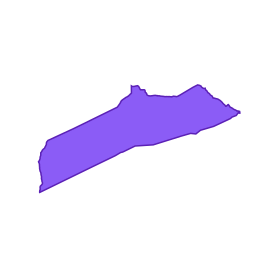 outline of Santa Barbara, Heredia, Costa Rica, rotated 244°
{"feature_id": "36466004B69757092766150", "entity_name": "Santa Barbara", "entity_type": "district", "adm_level": 2, "iso_a3": "CRI", "parent_name": "Costa Rica", "parent_adm1": "Heredia", "projection": "mercator", "projection_center": [-84.144, 10.082], "detail": "fine", "context": "isolated", "style": "filled", "palette": "violet", "viewbox_px": 256, "rotation_deg": 244, "n_neighbors": 0, "source": "geoboundaries", "source_scale": "gbopen_adm2", "svg_char_len": 5105}
<svg xmlns="http://www.w3.org/2000/svg" viewBox="0 0 256 256"><g transform="rotate(244 128 128)"><path d="M108.8,20.4L108.8,42.4L108.8,78.0L108.7,104.5L109.2,110.7L108.7,112.7L108.7,122.5L108.7,126.5L101.8,143.3L97.4,172.3L95.7,181.9L92.9,186.4L94.2,192.1L91.9,205.7L91.6,224.3L92.2,226.2L91.8,230.8L93.5,234.0L92.7,234.3L92.0,235.6L92.4,235.2L92.7,235.0L93.2,235.0L93.3,235.1L93.5,235.1L93.5,235.4L93.7,235.5L93.8,235.6L94.0,235.6L94.2,235.3L94.7,234.9L95.1,234.1L95.3,234.0L95.3,233.8L95.5,233.5L95.7,233.2L95.9,233.2L96.2,233.1L96.3,233.0L96.6,232.8L97.1,232.5L97.5,232.1L97.7,231.8L98.1,231.6L98.4,231.3L98.7,231.0L99.0,230.9L99.5,230.8L99.7,230.7L101.1,229.7L101.3,229.5L101.8,229.2L102.2,228.9L102.3,228.9L102.5,228.8L103.5,228.8L103.6,228.7L103.9,228.7L104.1,228.6L104.5,228.6L105.1,228.4L105.1,227.8L105.0,227.6L104.8,227.1L104.8,226.7L104.6,226.4L104.6,225.5L104.8,225.3L105.2,225.2L105.7,225.2L106.0,225.1L106.5,225.0L107.0,224.7L107.7,224.4L108.3,224.2L108.6,224.1L108.8,224.0L109.4,224.0L109.9,223.8L110.1,223.8L110.5,223.6L111.1,223.4L112.3,222.9L113.6,222.1L114.3,221.7L114.6,221.4L114.8,221.2L115.0,221.0L115.3,220.7L115.7,220.1L115.8,220.0L115.9,219.8L116.2,219.5L116.3,219.5L116.8,218.8L117.0,218.7L117.1,218.4L117.3,218.3L117.3,218.1L117.5,217.9L117.7,217.6L119.6,217.6L119.9,217.5L120.1,217.5L120.5,217.2L120.8,217.0L121.5,216.5L121.8,216.5L122.6,216.3L123.1,216.3L123.6,216.0L124.3,215.7L124.7,215.3L125.0,215.3L125.4,215.3L125.6,215.2L126.5,215.2L127.1,215.1L127.5,214.9L127.8,214.6L129.3,214.6L129.9,214.8L130.2,213.7L130.4,213.5L130.5,213.2L130.8,213.0L131.1,212.8L131.4,212.7L131.6,212.5L131.8,212.4L132.2,212.2L132.7,212.1L133.0,212.0L133.7,212.0L133.9,211.7L134.0,211.6L134.5,211.4L134.9,211.1L135.0,210.9L135.6,210.2L136.2,209.5L136.1,204.3L134.8,188.9L134.8,187.7L134.7,187.5L134.7,186.5L134.8,186.3L134.8,185.9L134.9,185.5L134.9,185.4L135.3,184.8L135.6,184.5L135.7,184.3L135.8,184.2L136.0,183.8L136.2,183.5L136.3,183.4L136.6,183.0L136.6,182.8L136.7,182.5L136.7,181.9L136.8,181.8L136.9,181.0L137.0,180.8L137.0,180.6L137.3,180.2L137.5,179.9L137.6,179.7L137.9,179.3L137.9,179.2L138.2,178.8L138.2,178.6L138.3,178.5L138.3,178.4L139.0,177.1L139.1,176.9L139.3,176.6L139.4,176.2L139.5,176.1L139.6,175.8L139.7,175.6L139.9,175.2L140.0,174.9L140.2,174.7L140.3,174.6L140.4,174.3L140.6,174.1L140.8,173.8L140.9,173.7L141.2,173.3L141.5,172.6L141.9,172.1L142.2,171.4L142.6,171.0L142.7,170.9L143.0,170.6L143.0,170.4L143.4,169.9L143.6,169.4L143.7,169.1L143.8,168.9L144.0,168.9L144.2,168.7L144.3,168.2L144.9,167.6L145.4,166.8L145.7,166.1L145.9,165.5L146.1,165.0L146.2,164.6L146.3,164.4L146.3,164.1L146.5,163.7L146.7,163.1L146.7,162.9L146.9,162.5L147.0,162.3L147.1,162.0L147.2,161.8L147.3,161.6L147.8,161.0L147.9,160.8L148.1,160.5L148.6,160.1L148.8,160.0L149.3,159.6L150.0,159.6L150.4,159.8L150.9,159.8L151.6,159.7L152.1,159.4L152.5,159.2L152.7,159.3L153.3,159.4L154.2,159.7L154.8,159.7L155.0,159.6L155.4,159.1L155.8,158.3L155.8,158.1L156.0,157.7L156.2,157.4L156.4,156.9L156.5,156.8L156.7,156.4L156.8,156.1L157.1,155.9L160.7,155.8L161.1,155.6L161.7,155.2L161.9,155.0L161.9,154.7L162.0,154.6L162.0,154.4L162.2,153.8L162.2,153.7L162.4,153.1L162.4,152.9L162.5,152.8L162.5,152.7L162.5,152.4L162.6,152.0L162.7,151.8L162.7,151.7L162.8,151.6L162.9,151.3L162.9,151.2L163.4,150.2L163.6,150.0L164.4,149.5L158.1,146.5L157.9,146.4L157.8,146.0L157.7,145.9L157.6,145.6L157.5,145.3L157.4,145.2L157.4,144.7L157.2,144.4L157.1,144.2L157.0,143.7L156.6,142.5L156.6,142.3L156.5,142.2L156.5,141.5L156.4,141.3L156.4,140.4L156.4,139.2L156.2,138.8L156.2,138.5L156.2,138.4L156.2,138.0L156.1,137.9L156.0,137.1L156.0,136.8L155.9,136.7L155.9,136.3L155.8,135.9L155.8,135.6L155.7,135.3L155.7,135.1L155.5,134.8L155.5,134.4L155.4,134.3L155.4,134.2L155.3,133.8L155.1,133.5L154.8,133.3L154.5,132.6L154.2,132.5L153.5,131.4L153.4,131.2L151.4,127.5L151.3,78.4L151.9,50.6L151.1,48.9L150.8,48.5L150.0,47.9L148.9,47.4L148.7,47.0L148.5,46.7L147.9,46.1L147.7,45.7L147.4,45.3L147.2,45.1L147.1,44.9L146.9,44.7L146.5,44.3L146.2,43.2L146.1,42.6L145.9,42.2L145.7,41.5L145.4,41.0L145.0,40.6L144.9,40.4L144.5,39.9L144.2,39.1L143.9,38.8L143.9,38.7L142.9,38.2L142.7,38.1L142.0,37.8L141.6,37.5L140.9,36.8L140.5,36.4L140.1,36.1L139.4,35.8L139.0,35.5L138.8,35.3L138.7,35.2L138.2,34.7L137.9,34.4L137.8,34.2L137.5,34.0L137.5,33.8L137.1,33.3L136.9,32.8L136.7,32.8L136.4,32.7L135.0,32.7L134.6,32.6L134.2,32.4L133.9,32.4L133.4,32.1L133.1,32.0L132.7,31.8L132.4,31.7L131.7,31.4L131.3,31.3L131.2,31.2L130.8,31.1L130.4,30.8L130.0,30.7L129.6,30.6L129.0,30.4L128.4,30.3L127.8,30.1L126.3,30.1L124.9,29.7L124.3,29.4L123.3,29.2L122.0,28.9L121.7,28.7L121.3,28.5L121.0,28.4L120.9,28.2L120.6,28.2L120.4,28.1L120.2,28.0L120.1,27.9L119.9,27.9L119.0,27.7L118.5,27.6L117.9,27.3L117.5,27.3L117.0,27.2L116.7,27.2L116.1,27.0L115.5,26.7L115.3,26.5L115.2,26.4L115.1,26.1L114.7,25.4L114.6,24.9L114.4,24.7L114.4,24.4L114.3,24.2L114.2,23.8L114.1,23.7L113.6,23.2L113.2,23.0L112.9,22.8L112.4,22.6L111.6,22.4L111.0,21.9L110.9,21.9L110.9,21.7L110.7,21.6L110.5,21.3L109.6,20.8L109.4,20.6L109.0,20.5L108.9,20.4L108.8,20.4Z" fill="#8b5cf6" stroke="#5b21b6" stroke-width="1.5"/></g></svg>